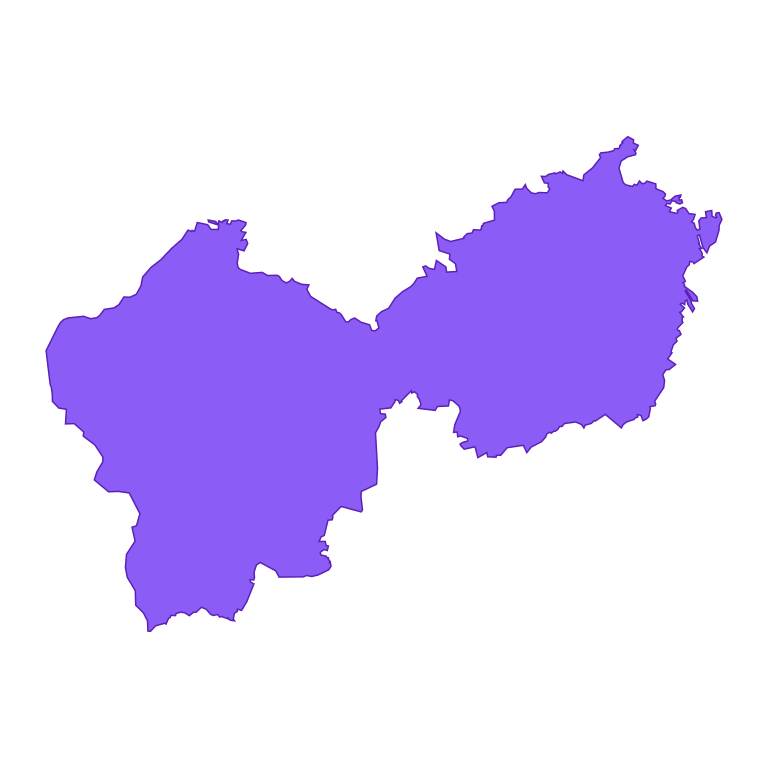 Qalqiliya, West Bank, Palestine (orthographic projection)
{"feature_id": "87354302B40414204592822", "entity_name": "Qalqiliya", "entity_type": "district", "adm_level": 2, "iso_a3": "PSE", "parent_name": "Palestine", "parent_adm1": "West Bank", "projection": "orthographic", "projection_center": [35.101, 32.181], "detail": "fine", "context": "isolated", "style": "filled", "palette": "violet", "viewbox_px": 768, "rotation_deg": 0, "n_neighbors": 0, "source": "geoboundaries", "source_scale": "gbopen_adm2", "svg_char_len": 6110}
<svg xmlns="http://www.w3.org/2000/svg" viewBox="0 0 768 768"><path d="M188.0,230.1L182.0,239.3L171.6,248.4L160.7,259.9L151.0,267.4L142.7,277.0L140.9,286.0L136.4,294.2L130.1,297.2L123.9,297.0L118.9,304.7L113.9,307.9L104.3,309.4L99.8,315.3L96.8,317.7L90.6,318.7L83.6,316.3L68.2,317.9L63.5,319.7L60.4,322.6L58.0,326.6L46.1,350.7L50.2,384.7L51.2,386.8L52.3,394.2L52.4,401.3L58.9,408.1L66.4,409.3L65.5,423.9L74.2,423.6L83.8,432.0L83.2,436.1L94.9,444.9L102.9,457.1L102.8,461.8L96.9,471.8L94.3,479.9L108.6,491.8L118.1,491.4L129.2,492.9L139.9,513.7L136.5,525.7L132.0,527.2L135.1,541.1L126.5,554.4L125.4,567.3L127.3,577.4L135.3,590.7L135.7,605.2L143.4,612.8L147.5,620.9L147.9,631.1L150.5,631.3L155.6,625.8L165.0,623.2L166.0,624.1L168.6,618.3L170.1,617.6L170.9,615.4L175.5,615.6L176.2,613.4L180.4,612.3L184.4,612.6L189.4,615.7L193.3,612.4L196.1,612.2L201.4,607.3L206.2,609.2L210.6,614.3L213.3,615.5L217.5,614.5L219.6,617.0L221.7,616.6L227.2,618.5L228.2,618.0L228.3,619.0L230.8,620.3L234.5,620.8L233.3,619.1L234.4,613.2L237.3,611.5L237.4,609.2L241.6,610.4L246.8,601.7L253.9,583.8L250.6,582.1L250.1,579.6L253.8,580.0L254.5,577.6L254.1,572.2L255.9,566.4L256.7,564.8L260.1,562.4L275.8,570.9L279.1,577.1L303.6,576.8L306.5,575.5L311.8,576.5L318.0,575.0L328.6,569.9L331.0,566.4L330.4,563.0L329.4,562.8L330.3,561.7L328.1,558.9L328.4,557.8L326.5,557.3L326.2,556.2L320.8,555.0L320.2,552.4L323.9,549.6L327.3,550.5L328.4,545.9L326.2,545.6L325.2,541.4L319.1,541.5L321.1,536.9L324.3,535.4L328.0,520.2L332.2,519.8L332.9,516.8L332.3,515.6L341.1,506.5L361.2,511.9L362.5,510.0L361.0,497.1L361.3,491.4L376.6,484.2L377.5,468.5L375.5,432.8L379.0,426.6L380.6,421.9L385.9,417.5L385.3,414.1L380.4,413.6L379.8,409.1L390.8,407.9L394.9,401.8L395.1,399.7L398.4,400.4L399.6,403.3L401.9,401.7L401.3,400.9L411.3,390.7L411.7,393.0L414.5,391.8L417.6,394.5L417.3,396.4L419.4,399.5L420.8,403.8L420.6,405.4L418.1,408.3L435.1,410.4L437.4,406.5L448.4,406.0L449.4,399.9L453.0,400.8L458.6,405.7L459.7,407.5L460.4,411.4L454.8,424.6L453.6,432.4L457.2,432.0L457.7,436.8L460.6,436.0L467.7,438.5L467.5,441.1L462.6,442.4L460.1,444.0L460.6,445.4L464.2,449.2L475.0,446.8L477.9,457.6L486.8,452.6L487.7,456.8L496.1,457.2L496.3,455.4L500.8,455.2L507.2,447.7L523.3,445.3L526.8,452.6L531.3,447.0L541.7,441.6L545.7,437.0L546.9,433.7L549.8,432.2L551.3,433.2L553.9,431.1L555.2,431.3L557.8,429.4L559.6,426.5L561.9,426.5L564.5,423.5L575.7,422.0L581.5,424.5L583.9,428.0L585.1,425.2L591.3,423.4L594.4,420.6L595.4,421.0L605.3,414.4L621.4,427.9L623.2,424.6L626.5,422.0L633.9,419.5L635.1,418.0L637.8,417.0L637.3,414.5L641.0,415.5L642.9,420.7L645.8,419.4L648.7,416.9L650.3,408.9L649.9,406.7L655.1,405.7L655.7,404.1L654.7,401.1L663.7,387.7L664.6,380.6L662.8,374.7L665.9,369.8L669.1,369.6L675.6,364.4L667.7,359.0L671.9,353.0L670.8,353.0L671.0,351.8L673.3,344.8L677.0,341.3L676.0,338.2L681.0,334.4L679.4,330.7L677.4,330.0L677.5,328.2L682.9,322.4L682.1,321.2L682.3,317.2L683.5,317.0L679.8,312.4L681.3,311.9L684.5,307.9L680.2,304.2L682.3,303.1L684.7,304.6L685.0,301.2L686.8,299.9L687.8,304.2L692.6,311.9L694.5,308.6L691.4,303.3L691.3,301.2L685.2,291.0L686.1,289.9L693.0,300.9L697.6,301.1L696.9,296.8L692.8,292.4L684.5,286.4L684.5,284.6L682.9,282.7L685.1,281.7L685.1,280.5L682.7,275.9L686.9,266.8L689.2,264.9L689.8,261.5L692.7,261.8L694.0,263.6L703.9,257.1L702.0,255.9L702.2,253.4L699.4,248.6L701.6,248.5L698.7,243.7L699.3,243.4L697.3,235.7L699.4,234.9L703.0,247.6L706.9,252.8L709.6,246.0L715.5,242.0L719.0,230.3L719.2,225.4L721.9,219.4L719.1,212.6L716.3,213.0L715.5,215.2L716.7,217.4L715.2,217.7L712.1,216.2L711.7,210.5L705.5,211.7L706.4,217.6L701.0,218.0L698.8,221.0L699.9,229.0L697.3,230.1L695.3,227.6L694.2,223.2L691.5,221.8L693.4,219.6L695.1,214.4L689.0,213.6L685.6,208.5L682.7,207.4L677.2,210.5L677.8,212.3L676.8,213.4L669.5,211.7L671.3,208.0L665.4,205.6L666.8,203.4L670.0,204.0L672.1,200.8L676.2,201.5L676.0,202.6L679.9,204.0L682.5,202.7L681.6,199.7L679.1,200.3L679.1,197.2L680.3,197.3L680.9,195.0L675.0,196.2L670.6,200.0L666.6,200.9L663.0,198.3L664.8,196.4L665.5,194.1L663.3,191.8L656.0,188.7L655.8,183.9L646.9,181.1L644.7,183.3L642.3,183.7L639.4,181.0L637.0,185.2L634.3,184.3L632.4,186.5L625.7,184.8L623.2,182.6L619.0,168.3L620.7,162.4L621.2,161.0L627.7,156.8L635.5,154.7L635.9,153.1L634.1,149.8L635.7,150.4L638.3,145.3L633.3,143.0L633.6,139.8L627.8,136.7L622.5,141.0L621.9,142.2L622.8,142.8L619.8,145.5L620.2,146.0L618.9,148.5L614.7,148.7L613.8,150.6L608.2,152.1L600.7,152.9L599.4,154.8L600.6,157.6L592.5,167.9L583.9,174.8L582.9,180.7L566.7,174.7L563.0,171.0L562.6,173.3L560.1,171.9L555.5,173.9L554.9,172.9L548.6,174.4L545.6,176.5L541.4,176.3L544.4,182.9L548.3,183.3L548.1,187.1L549.8,188.7L547.9,192.1L547.0,192.8L538.8,192.5L535.8,193.7L531.4,192.9L526.7,188.3L525.3,184.6L522.3,189.1L515.1,189.2L511.0,196.8L507.8,199.8L506.6,202.4L499.0,202.7L492.0,206.3L494.3,211.0L494.5,220.1L483.5,223.3L482.6,225.9L481.8,225.8L480.8,230.1L473.5,229.7L472.0,233.1L467.3,233.6L463.6,237.2L463.9,238.3L450.6,241.5L444.5,239.2L436.1,232.8L439.2,250.6L449.9,254.1L449.4,259.3L455.4,263.6L456.8,271.5L446.6,272.1L445.9,266.9L436.4,260.5L434.4,269.4L429.0,268.3L425.6,265.9L422.8,266.9L427.1,276.3L417.3,278.1L413.8,283.6L410.7,286.7L402.5,291.7L395.1,298.2L388.6,308.3L381.4,311.7L376.7,316.0L375.8,320.8L377.0,321.0L378.9,327.9L375.2,330.9L371.7,330.4L369.6,324.8L361.0,322.2L354.7,318.0L350.8,319.6L348.5,321.8L345.7,321.8L341.8,315.3L339.7,313.1L336.7,312.1L335.7,309.3L332.5,309.9L330.2,308.8L310.6,296.4L306.8,289.2L308.9,284.9L301.6,284.3L294.6,281.4L292.2,278.4L289.7,281.3L286.2,282.9L282.1,280.6L279.3,276.5L277.2,275.3L267.6,275.5L262.2,272.4L250.4,273.3L240.3,269.4L238.1,267.5L237.2,263.1L238.6,254.3L237.0,248.7L244.0,250.9L247.7,243.6L246.2,239.4L241.3,240.4L245.9,232.4L241.9,231.7L240.8,230.7L245.6,225.1L246.0,222.6L238.5,220.0L235.7,221.0L231.7,220.9L230.4,224.2L226.7,223.7L228.1,220.1L225.1,219.8L224.7,220.8L223.2,220.7L222.5,222.5L218.9,220.9L218.5,223.3L216.2,223.1L215.9,221.5L208.2,220.0L208.6,221.9L218.8,225.2L218.1,229.5L211.0,229.4L207.7,224.7L197.3,222.5L194.5,231.5L192.1,230.3L191.3,231.4L188.0,230.1Z" fill="#8b5cf6" stroke="#5b21b6" stroke-width="1.5"/></svg>